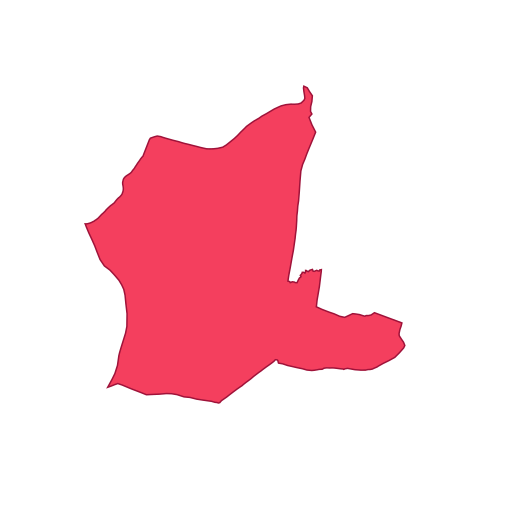 the district of Svay Teab, Svay Rieng, Cambodia, rotated 291°
{"feature_id": "14789045B97672337588040", "entity_name": "Svay Teab", "entity_type": "district", "adm_level": 2, "iso_a3": "KHM", "parent_name": "Cambodia", "parent_adm1": "Svay Rieng", "projection": "mercator", "projection_center": [105.952, 11.09], "detail": "fine", "context": "isolated", "style": "filled", "palette": "rose", "viewbox_px": 512, "rotation_deg": 291, "n_neighbors": 0, "source": "geoboundaries", "source_scale": "gbopen_adm2", "svg_char_len": 4472}
<svg xmlns="http://www.w3.org/2000/svg" viewBox="0 0 512 512"><g transform="rotate(291 256 256)"><path d="M266.7,321.9L266.2,321.2L265.8,320.5L264.6,320.4L264.3,319.2L264.4,317.8L263.2,316.6L262.5,315.8L262.3,314.7L263.7,313.5L262.7,312.2L261.7,311.1L260.3,310.7L260.1,309.3L260.5,308.3L260.3,307.5L259.1,308.0L257.6,307.8L257.9,306.8L257.7,305.8L257.3,305.0L256.6,305.2L254.9,304.8L253.8,304.3L253.0,305.3L252.3,305.3L251.0,304.4L248.7,304.1L245.8,303.9L245.2,302.1L245.4,301.2L244.9,299.0L243.9,298.2L243.4,297.5L244.2,296.7L244.0,294.8L249.8,293.5L257.6,292.1L263.7,290.9L268.4,290.0L274.5,288.9L282.0,287.2L286.4,286.2L289.7,285.3L291.7,284.8L294.3,284.2L297.4,283.3L299.6,282.6L303.7,281.3L307.7,279.9L308.7,279.6L312.7,278.6L317.6,277.1L322.7,276.0L331.8,273.3L341.8,270.2L351.5,267.4L358.2,266.7L364.0,266.9L369.4,266.8L375.4,266.9L386.2,267.2L393.0,267.3L398.5,261.2L404.4,255.8L408.6,257.3L410.5,255.1L415.0,253.5L420.3,252.8L425.8,251.2L428.7,247.0L431.4,243.6L431.7,239.8L429.9,240.1L426.5,241.9L423.1,243.9L420.7,245.1L418.6,245.0L415.0,243.3L413.1,241.0L411.5,237.6L410.2,234.0L408.0,229.7L405.2,225.7L403.0,223.5L399.7,220.3L395.9,217.3L392.7,214.8L388.6,211.3L385.7,209.4L381.7,206.1L378.4,203.8L373.6,200.7L370.6,199.4L366.3,197.4L361.9,195.6L357.8,193.6L352.8,190.7L349.0,188.5L346.4,186.5L345.7,186.0L344.5,184.2L342.8,181.7L340.7,177.6L339.4,174.4L338.4,171.6L337.9,168.5L337.4,165.0L337.0,161.2L336.5,157.2L336.1,153.6L335.8,151.3L335.5,149.3L335.2,146.2L335.0,142.6L334.6,139.5L334.3,137.1L333.9,132.9L333.6,129.6L333.4,126.9L333.3,124.2L332.6,120.8L331.1,118.7L330.3,117.7L329.1,116.3L328.2,115.2L326.4,114.8L308.6,114.7L307.9,114.4L307.1,114.0L306.2,113.8L305.4,113.5L303.9,113.2L302.7,112.9L301.9,112.7L300.9,112.4L300.1,112.2L299.1,112.0L298.0,111.8L296.4,111.4L295.4,111.2L294.6,111.1L293.5,110.8L292.7,110.5L291.5,110.1L290.5,109.9L289.7,109.7L289.0,109.4L287.9,108.8L286.5,107.8L285.8,107.3L285.0,106.7L284.3,106.2L283.6,105.8L282.6,105.3L281.4,104.9L280.1,104.7L277.0,105.1L276.2,105.4L274.9,106.0L273.9,106.7L272.8,107.3L271.6,107.9L270.1,108.4L269.1,108.6L268.2,108.7L267.1,108.7L266.2,108.8L265.0,108.6L263.8,108.2L262.8,107.8L261.9,107.4L261.2,106.9L260.1,106.4L259.4,106.1L258.6,105.8L257.7,105.5L256.5,105.1L255.7,104.9L254.8,104.6L254.0,104.2L253.3,103.7L252.6,103.3L251.9,102.9L251.1,102.3L249.9,101.7L248.7,101.1L247.9,100.7L247.0,100.3L245.9,99.8L245.2,99.5L243.5,99.0L242.5,98.5L241.8,98.2L241.0,97.8L240.1,97.3L239.3,96.9L237.5,96.2L236.3,95.7L235.0,95.2L234.3,94.8L233.5,94.3L232.6,93.8L231.8,93.1L230.7,92.5L229.3,91.2L228.7,90.7L227.9,89.9L227.1,89.0L226.6,88.3L225.7,87.1L225.1,85.9L224.8,85.0L222.1,87.4L217.7,91.6L212.7,96.8L207.6,101.9L203.1,105.9L196.8,111.7L192.4,118.0L190.5,124.7L188.1,129.6L186.9,131.9L184.2,136.8L180.9,141.0L177.5,144.5L172.5,147.8L165.1,151.5L155.9,156.3L144.0,160.7L137.1,161.9L129.4,162.4L121.6,162.9L116.8,163.3L113.8,163.7L104.2,165.9L95.6,166.4L89.1,165.8L80.3,164.6L82.5,167.2L85.3,170.2L87.4,172.7L87.6,177.3L87.3,187.1L87.3,197.8L87.2,203.4L89.5,208.6L92.5,215.5L95.5,221.7L97.2,226.6L98.3,232.0L98.7,239.3L100.3,245.0L101.1,251.8L102.4,257.8L103.7,263.5L104.4,266.5L104.7,270.2L105.2,271.9L105.3,273.6L106.1,274.7L108.6,275.6L110.5,276.9L113.9,279.2L117.3,281.2L120.7,283.3L123.1,284.8L125.0,286.0L127.8,287.9L130.2,289.6L131.3,290.1L134.5,292.0L136.8,293.5L139.7,295.3L142.7,296.9L145.0,298.3L146.6,299.3L149.0,300.8L150.1,301.6L152.8,303.2L156.4,305.5L158.9,307.2L162.0,309.2L164.2,310.5L166.1,311.2L166.6,312.8L166.3,313.8L164.7,314.9L164.1,315.4L164.3,316.6L164.9,319.5L165.1,324.7L165.7,328.6L166.4,333.7L167.4,339.8L167.8,344.4L169.1,349.1L170.3,351.5L171.9,354.2L172.8,355.6L173.6,357.5L174.1,358.5L175.6,359.7L176.9,362.0L177.9,365.0L178.8,367.1L179.4,368.9L180.0,371.2L180.6,373.7L181.2,376.1L181.7,377.8L181.6,378.6L182.5,379.4L183.9,381.7L184.6,385.3L185.3,389.0L187.0,394.7L188.7,399.1L190.1,401.2L191.0,403.3L192.2,405.2L193.4,406.3L195.8,408.8L197.1,409.7L201.3,413.2L205.9,417.5L211.1,421.9L217.4,424.7L223.1,426.8L225.8,427.0L228.4,424.6L230.8,421.1L232.9,418.3L234.7,417.4L238.9,416.7L242.5,416.6L245.8,416.2L245.5,386.9L242.2,384.6L240.8,382.5L240.2,381.1L239.9,380.2L238.8,379.2L238.6,377.1L238.4,373.6L237.6,369.9L236.8,366.9L234.0,364.2L230.5,360.8L229.7,355.6L230.0,349.6L229.8,344.3L229.8,336.8L230.2,330.5L231.2,330.3L236.8,328.8L241.4,327.9L243.9,327.4L249.9,326.2L261.9,323.2L264.8,322.5L266.7,321.9Z" fill="#f43f5e" stroke="#9f1239" stroke-width="1.5"/></g></svg>